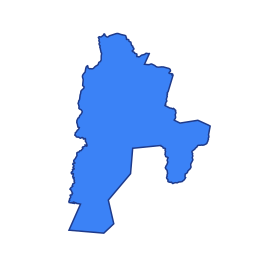 Karimui/Nomane District, Chimbu, Papua New Guinea (Robinson projection), rotated 77°
{"feature_id": "67681753B62109330711347", "entity_name": "Karimui/Nomane District", "entity_type": "district", "adm_level": 2, "iso_a3": "PNG", "parent_name": "Papua New Guinea", "parent_adm1": "Chimbu", "projection": "robinson", "projection_center": [144.808, -6.532], "detail": "fine", "context": "isolated", "style": "filled", "palette": "blue", "viewbox_px": 256, "rotation_deg": 77, "n_neighbors": 0, "source": "geoboundaries", "source_scale": "gbopen_adm2", "svg_char_len": 5816}
<svg xmlns="http://www.w3.org/2000/svg" viewBox="0 0 256 256"><g transform="rotate(77 128 128)"><path d="M59.8,90.1L60.3,90.9L60.3,91.3L59.4,93.0L59.3,93.9L59.5,94.4L60.0,95.1L60.1,98.5L60.9,100.1L61.2,101.2L61.2,101.5L60.7,102.2L60.4,103.3L59.9,103.4L59.0,102.9L57.9,102.8L57.6,103.2L56.7,104.7L55.9,104.7L55.1,105.5L54.7,106.2L54.2,106.5L53.8,106.5L53.5,106.1L53.3,105.4L52.4,104.5L52.1,104.4L51.5,104.5L50.6,105.1L50.1,105.1L49.5,104.9L48.4,105.8L46.9,106.0L45.5,105.9L44.9,106.0L44.2,107.0L43.6,107.5L42.4,107.4L42.1,107.6L41.7,108.1L41.6,108.4L41.6,109.0L41.3,109.5L40.9,109.5L40.1,109.2L39.4,109.4L38.0,109.4L37.7,109.5L37.1,110.1L35.3,113.8L33.7,116.4L33.4,117.6L33.4,118.8L33.9,124.3L34.0,125.4L34.7,126.8L34.8,127.5L34.7,127.9L32.9,129.5L31.5,129.5L31.0,130.0L31.2,130.6L31.8,130.9L32.3,131.5L32.6,132.5L33.1,133.2L33.2,134.1L32.6,135.3L32.7,135.8L33.1,136.5L33.7,136.4L35.0,136.0L36.2,136.7L37.0,136.7L37.7,136.4L38.2,136.4L39.3,137.2L39.8,137.3L40.7,137.2L41.4,136.7L41.8,136.7L42.8,137.3L44.7,137.1L45.1,137.2L46.9,137.2L48.0,137.3L49.1,136.9L50.1,137.2L51.8,137.9L55.6,138.8L56.4,139.4L57.1,140.2L57.4,141.4L57.6,141.7L59.2,142.7L59.6,143.1L60.0,143.9L60.2,144.9L61.0,146.7L61.7,147.6L62.3,148.8L62.3,149.5L62.2,150.1L61.8,150.9L61.7,151.9L61.4,152.5L60.5,153.3L60.0,153.4L58.6,153.2L58.2,153.6L59.0,154.9L60.3,155.7L63.8,157.2L64.9,158.7L66.0,160.0L67.1,160.7L68.0,160.9L69.6,160.8L71.0,160.8L76.2,162.6L76.5,162.6L77.0,162.3L77.5,161.8L77.9,161.6L79.0,161.9L79.5,162.4L80.8,164.8L81.6,165.6L83.9,166.5L85.0,167.2L89.1,168.7L90.1,169.4L90.6,170.0L91.7,170.3L92.1,170.6L92.6,171.1L94.5,170.9L96.4,170.9L97.4,171.4L97.9,171.4L98.5,171.0L99.6,169.7L100.0,169.4L101.5,168.9L102.3,169.1L104.0,170.6L105.0,172.2L106.6,173.2L106.9,173.5L107.0,174.2L107.3,174.6L109.2,176.1L111.2,176.7L112.9,176.5L115.8,176.6L116.1,176.4L116.3,175.7L116.7,175.3L117.3,175.7L118.3,176.7L118.8,177.9L120.3,179.3L120.7,180.2L120.9,180.5L122.0,180.7L122.5,181.2L123.1,181.4L124.0,180.6L125.0,180.3L125.5,179.5L125.8,178.2L127.2,176.8L127.2,176.2L126.9,175.3L127.0,174.6L127.3,174.2L127.5,174.0L128.4,174.0L128.8,173.7L128.8,173.2L128.5,172.2L128.9,171.9L129.4,171.9L130.0,172.2L130.3,172.1L131.0,172.5L131.4,172.5L132.8,171.9L135.8,171.8L136.2,172.0L136.4,172.3L136.0,172.7L135.1,173.1L135.0,173.3L134.9,173.6L135.7,173.6L135.9,173.8L136.3,175.6L136.3,176.4L136.6,176.8L137.4,176.6L137.8,176.6L138.1,176.9L138.4,177.6L139.4,178.7L139.4,180.1L139.7,180.5L140.2,180.9L140.4,182.7L140.7,183.4L141.2,183.6L141.9,183.6L142.5,183.9L143.4,183.9L145.2,185.6L145.9,186.1L146.6,187.2L147.5,188.2L148.4,188.4L149.1,188.2L149.7,187.7L150.2,187.7L150.2,188.4L150.1,189.4L150.9,190.0L151.4,189.8L151.9,189.3L152.3,189.2L153.0,189.3L153.7,190.3L154.2,190.5L154.5,190.3L155.2,189.6L155.7,189.6L156.0,189.9L155.8,191.0L156.0,191.5L157.2,191.4L157.7,191.8L158.3,193.1L158.9,193.4L159.3,193.4L160.1,193.1L160.2,192.7L159.8,192.2L159.9,191.8L160.2,191.5L160.5,191.5L163.1,192.9L163.3,192.9L163.7,192.5L164.1,191.7L164.3,191.7L164.6,192.0L164.8,192.6L165.0,192.6L165.4,192.1L166.5,192.2L166.8,192.0L167.1,192.0L167.6,192.5L169.2,192.3L169.5,192.5L169.8,193.2L169.8,193.7L170.1,194.4L171.0,194.8L171.6,195.3L172.3,195.0L172.6,195.4L172.9,196.3L173.4,197.1L174.2,198.1L174.7,198.3L175.3,197.6L175.9,197.5L176.6,197.2L178.0,197.0L179.1,196.7L179.6,197.4L180.0,197.4L180.4,197.6L180.5,198.0L180.3,199.3L180.5,199.5L180.9,199.6L181.4,199.2L182.9,199.6L183.8,200.8L184.5,201.1L185.2,201.0L185.8,201.9L186.6,202.2L187.4,202.1L187.7,201.2L188.2,200.3L188.0,199.6L188.6,199.2L188.8,198.7L188.6,198.5L188.1,198.3L187.9,198.0L188.0,197.4L188.3,197.1L188.6,197.1L188.9,197.7L189.2,197.7L189.4,197.4L189.5,196.8L189.1,196.3L189.0,195.8L190.1,194.8L190.5,193.5L191.5,191.4L214.3,208.5L225.0,175.2L218.1,163.4L193.8,163.4L173.1,135.8L148.8,128.0L152.4,100.0L153.1,99.9L153.8,98.8L154.3,98.3L155.3,98.3L155.7,97.8L155.9,96.8L156.3,96.3L156.9,96.2L157.5,96.8L158.2,96.9L159.4,96.7L160.4,97.3L161.2,97.4L161.9,97.9L163.1,97.7L164.3,97.7L165.8,95.6L166.1,95.6L166.7,96.3L168.4,97.2L170.0,96.9L170.9,97.3L171.7,97.9L172.3,98.2L173.2,99.2L175.1,100.6L176.2,100.4L178.1,99.4L181.4,99.7L182.1,100.3L183.1,100.7L183.9,100.7L184.4,101.3L185.1,101.6L185.7,101.6L186.5,101.3L186.9,100.8L187.8,100.8L188.9,101.1L189.2,101.0L189.5,100.8L190.1,99.8L190.5,98.9L190.5,98.1L190.6,97.8L191.0,97.5L191.8,97.3L192.2,96.8L191.9,95.1L191.9,94.1L192.5,92.4L192.1,90.7L192.1,90.0L192.3,89.5L192.3,88.2L192.4,87.5L191.1,84.8L189.3,83.0L188.8,83.4L188.2,83.4L185.7,82.6L185.5,81.7L184.9,80.4L184.2,79.8L183.6,79.6L182.3,77.7L182.1,77.2L181.7,76.6L180.5,75.5L180.0,75.3L179.3,75.4L177.2,75.0L173.6,71.9L171.5,72.1L170.9,71.9L170.2,71.3L169.4,71.1L168.5,71.3L167.3,70.7L166.8,71.0L165.6,71.1L165.0,70.7L163.5,67.5L162.7,66.7L162.2,65.5L161.7,64.8L160.9,64.2L160.7,63.7L160.8,62.7L161.2,60.5L161.1,60.0L161.6,59.0L161.6,57.5L161.0,55.1L160.6,54.5L159.9,54.2L159.0,53.3L158.2,53.0L157.2,52.2L155.8,52.0L155.3,51.4L154.5,51.1L153.9,51.2L153.5,51.0L152.8,51.1L144.6,47.5L143.3,48.9L136.2,58.2L134.9,76.2L130.8,81.2L130.3,81.0L129.5,79.9L128.4,79.2L125.6,79.0L124.1,77.9L123.3,77.8L122.3,78.0L121.6,77.6L121.3,77.7L120.6,78.4L120.1,78.5L119.1,79.3L119.2,79.7L119.4,79.9L119.3,80.2L118.5,81.3L117.9,82.8L117.1,83.8L116.7,84.1L116.5,84.7L115.4,85.6L115.1,86.3L114.6,86.5L114.4,86.9L114.0,86.8L113.4,85.9L112.6,86.0L112.4,85.7L111.5,85.3L110.8,84.3L110.3,84.1L108.6,84.2L105.9,82.6L104.7,82.6L103.8,81.9L103.3,82.0L102.9,81.8L102.6,81.9L102.2,81.6L101.7,80.8L86.8,72.3L86.6,73.0L86.3,73.2L86.0,73.1L85.5,72.5L85.0,72.9L84.3,75.1L84.0,75.5L83.7,75.7L83.2,75.5L82.2,73.9L81.8,73.7L80.8,73.7L80.1,73.9L79.2,74.7L76.5,79.7L76.0,81.6L75.6,84.6L75.1,86.0L74.3,87.0L73.2,87.8L71.3,90.1L71.0,90.6L70.8,91.1L71.0,93.3L70.6,94.8L69.6,97.6L59.8,90.1Z" fill="#3b82f6" stroke="#1e3a8a" stroke-width="1.5"/></g></svg>